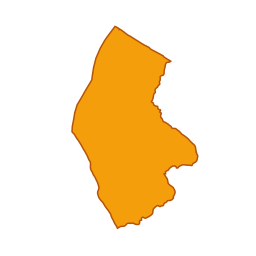 Al Masilah, Al Mahrah, Yemen, rotated 226°
{"feature_id": "15242507B86858383588753", "entity_name": "Al Masilah", "entity_type": "district", "adm_level": 2, "iso_a3": "YEM", "parent_name": "Yemen", "parent_adm1": "Al Mahrah", "projection": "mercator", "projection_center": [50.513, 15.552], "detail": "fine", "context": "isolated", "style": "filled", "palette": "amber", "viewbox_px": 256, "rotation_deg": 226, "n_neighbors": 0, "source": "geoboundaries", "source_scale": "gbopen_adm2", "svg_char_len": 5679}
<svg xmlns="http://www.w3.org/2000/svg" viewBox="0 0 256 256"><g transform="rotate(226 128 128)"><path d="M56.6,148.0L56.9,148.8L57.3,149.6L57.2,150.5L57.0,151.2L56.6,152.8L56.6,153.6L56.6,154.5L57.0,155.3L57.4,156.0L58.4,157.3L58.8,158.1L59.4,158.6L60.0,159.1L60.7,159.3L61.5,159.3L62.1,159.8L62.8,160.3L63.6,160.2L63.9,160.9L64.6,161.3L65.3,161.7L66.0,162.2L66.6,162.7L67.3,163.2L68.1,163.5L68.8,163.7L69.6,163.9L70.4,163.9L71.2,163.8L72.0,163.7L75.2,163.6L76.1,163.6L76.9,163.7L79.2,163.7L80.1,163.6L80.9,163.5L82.5,163.2L83.2,163.1L84.0,162.9L84.8,162.8L85.6,162.5L86.4,162.4L88.0,162.5L89.6,162.6L90.5,162.5L92.1,162.2L92.9,162.1L93.7,162.0L94.5,161.8L95.3,161.3L96.4,160.1L97.2,159.7L98.0,159.6L98.7,159.9L99.4,160.0L100.3,159.9L101.1,159.7L101.9,159.6L102.7,159.6L103.5,159.4L105.1,159.0L106.6,158.6L107.4,158.2L108.2,158.0L109.0,158.1L111.2,159.0L112.1,159.1L112.9,159.0L113.6,159.4L114.1,160.0L114.6,160.6L115.0,161.4L115.4,162.1L116.1,162.3L116.8,161.9L117.6,162.0L117.8,162.7L117.9,163.5L118.6,163.9L119.3,163.5L119.9,163.0L120.9,163.0L121.6,163.3L122.3,163.8L122.9,164.3L123.6,164.0L124.2,163.3L125.0,163.0L125.8,162.8L126.6,162.6L127.4,162.9L128.0,163.3L128.7,163.6L129.5,163.3L130.2,163.0L130.8,163.5L130.9,164.3L131.2,165.1L132.3,167.2L132.8,167.8L133.4,168.6L133.8,169.2L134.3,169.9L134.6,170.6L134.6,171.4L134.5,172.1L135.1,172.9L135.8,173.2L136.4,173.7L136.8,174.4L137.1,175.2L137.1,176.0L137.0,176.9L136.9,177.7L137.5,179.2L137.5,180.0L137.3,180.8L137.6,181.5L138.3,181.9L139.0,182.3L139.6,183.0L139.8,183.8L140.2,184.5L141.4,185.7L142.0,186.2L142.6,186.8L142.6,187.7L142.4,188.4L142.0,189.1L141.6,189.9L141.7,190.7L141.9,191.5L142.4,192.1L143.6,193.3L144.7,194.5L145.1,195.3L145.4,196.0L145.9,196.6L147.3,198.7L147.8,199.3L148.1,200.2L148.2,200.4L148.3,201.0L147.9,201.8L147.5,202.4L147.0,203.1L146.5,203.8L146.4,204.6L146.4,205.2L150.5,204.0L152.0,203.7L153.2,203.4L153.8,203.3L154.2,203.2L154.5,203.1L155.0,203.2L155.3,203.4L155.6,203.3L155.8,203.3L156.2,203.2L159.0,202.3L162.2,201.3L165.2,200.3L165.9,200.1L166.6,199.8L168.3,199.3L169.7,199.0L169.9,199.0L170.3,199.1L171.7,199.0L172.0,198.8L172.6,198.7L173.3,198.4L174.3,198.1L176.0,197.4L176.7,197.3L177.2,197.0L177.8,197.0L179.9,196.3L180.9,196.2L182.1,195.8L182.9,195.7L184.7,195.2L192.9,193.2L194.3,192.6L194.9,192.5L195.8,192.4L196.1,192.3L197.2,192.1L197.7,192.0L198.7,191.9L199.8,191.8L201.0,191.5L202.0,191.4L203.6,191.1L204.6,190.8L205.1,190.6L205.1,190.4L205.3,190.6L205.5,190.6L206.0,190.5L206.4,190.3L206.8,190.3L208.1,189.9L209.5,189.5L210.1,189.2L207.9,175.6L207.2,172.2L204.7,163.6L200.5,153.5L195.3,145.1L190.3,138.5L188.2,136.0L187.6,134.9L184.7,124.1L181.8,114.2L180.0,107.5L175.9,100.2L172.7,96.0L167.8,89.0L164.2,85.1L163.2,85.1L162.7,85.0L160.8,85.0L160.2,84.9L159.7,84.8L159.2,84.7L158.2,84.4L156.5,84.0L156.0,84.0L154.7,83.7L152.6,83.5L152.1,83.3L151.6,83.2L150.5,83.0L149.5,82.8L148.9,82.6L148.4,82.5L147.8,82.4L146.8,82.1L146.2,81.9L145.7,81.8L144.8,81.5L144.2,81.4L143.6,81.2L143.1,81.1L142.6,81.0L142.1,81.0L141.2,80.7L140.7,80.6L140.2,80.5L139.8,80.3L138.6,80.0L138.1,79.9L137.0,79.6L135.6,79.1L134.6,78.7L134.1,78.6L133.3,78.1L131.8,77.7L131.3,77.6L130.1,77.4L129.6,77.1L129.0,76.8L128.7,76.5L128.3,76.2L127.6,75.4L127.2,75.1L126.9,74.7L126.2,74.0L125.4,73.3L124.5,72.7L124.1,72.5L123.2,72.1L121.1,71.6L120.5,71.4L120.1,71.2L119.6,71.0L118.6,70.7L118.0,70.5L117.3,70.4L116.3,70.2L115.1,69.9L114.1,69.6L112.6,69.0L111.5,68.7L110.6,68.4L110.0,68.2L109.2,67.8L108.7,67.6L108.0,67.3L107.6,67.0L106.4,66.4L105.9,66.1L105.4,65.7L104.9,65.2L104.6,64.7L103.9,63.6L103.6,62.7L103.4,62.3L103.1,61.8L102.7,61.4L102.4,61.0L101.6,60.4L100.7,59.9L100.1,59.7L99.2,59.2L98.8,58.9L97.6,58.6L96.3,58.4L95.5,58.3L95.1,58.2L93.9,58.2L91.7,58.1L90.1,57.8L89.1,57.5L88.5,57.4L88.1,57.2L86.9,57.1L86.4,57.0L84.7,56.7L84.1,56.7L83.6,56.7L83.1,56.6L82.1,56.5L81.0,56.2L79.8,56.0L79.2,55.9L78.2,55.7L77.8,55.5L76.2,54.7L75.7,54.4L75.1,54.3L74.5,54.0L72.2,53.4L71.7,53.2L71.2,53.1L70.8,52.9L70.2,52.7L69.3,52.4L68.8,52.3L68.3,52.1L67.7,52.0L67.2,51.9L65.7,51.6L65.2,51.4L64.2,51.1L63.7,51.0L63.2,50.8L63.1,51.1L62.9,52.0L62.8,52.9L62.2,54.4L61.7,55.1L60.6,56.4L60.1,57.1L59.8,57.8L59.7,58.6L59.7,59.4L59.9,60.4L59.7,61.2L59.3,62.0L58.7,62.7L58.1,63.2L57.4,63.8L57.0,64.4L56.5,65.1L55.9,65.6L54.2,66.2L53.5,66.6L52.8,67.0L52.2,67.6L51.7,68.2L51.2,68.8L51.3,69.6L51.6,70.3L52.1,70.9L52.9,71.4L53.2,72.2L52.7,72.9L52.3,73.6L52.8,74.2L53.5,74.7L53.8,75.4L53.8,76.2L53.2,76.9L52.4,77.1L51.7,77.4L51.0,77.8L50.7,78.5L50.5,79.3L50.2,80.2L49.9,81.0L49.7,82.0L49.5,82.8L49.4,83.7L49.3,84.5L49.3,85.4L49.4,86.2L49.9,86.9L50.4,87.6L50.9,88.2L51.8,89.5L52.1,90.2L52.2,91.1L52.2,91.9L52.1,93.7L51.9,94.5L51.7,95.2L51.2,95.8L50.4,96.0L49.6,96.1L49.1,96.7L49.0,97.4L48.6,98.2L48.0,98.8L47.7,99.5L48.0,100.3L48.4,101.0L48.6,101.9L48.5,102.6L48.1,103.4L48.0,104.2L48.2,106.0L47.8,106.7L47.2,107.2L46.6,107.9L46.0,109.3L45.9,110.1L45.9,110.9L46.0,111.7L46.4,112.4L47.0,112.9L47.4,113.7L47.6,114.4L48.2,115.9L48.6,116.7L49.2,117.3L49.9,117.9L50.6,118.2L51.4,118.5L52.9,118.9L53.7,119.1L54.5,119.1L56.1,118.8L57.7,118.5L58.6,118.4L59.4,118.4L60.2,118.4L60.9,118.9L62.3,119.8L63.0,120.1L63.7,120.7L64.5,121.0L65.3,121.1L66.1,121.2L66.9,121.4L69.2,121.9L70.0,122.1L69.6,122.8L69.0,123.3L69.6,124.0L70.3,124.4L70.4,125.3L70.3,126.1L69.9,126.9L69.7,127.9L69.9,128.7L70.1,129.5L70.1,130.3L70.1,131.2L69.9,132.0L69.7,132.9L69.5,133.7L68.5,134.9L67.9,135.4L67.1,135.7L66.4,135.5L65.6,135.1L65.0,135.6L64.7,136.3L64.8,138.0L64.6,138.8L64.1,140.5L63.8,141.3L63.3,141.9L62.8,142.6L62.2,143.1L60.9,144.1L59.7,145.2L59.1,145.8L58.5,146.4L57.7,146.9L57.1,147.4L56.6,148.0Z" fill="#f59e0b" stroke="#b45309" stroke-width="1.5"/></g></svg>